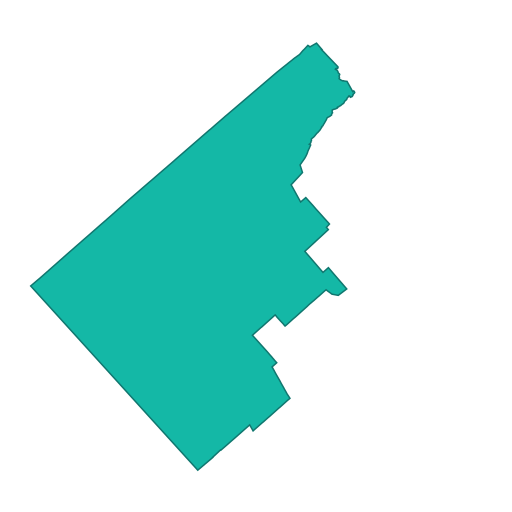 Pocho, Córdoba, Argentina (Robinson projection), rotated 318°
{"feature_id": "61730980B20468593076410", "entity_name": "Pocho", "entity_type": "district", "adm_level": 2, "iso_a3": "ARG", "parent_name": "Argentina", "parent_adm1": "Córdoba", "projection": "robinson", "projection_center": [-65.259, -31.51], "detail": "fine", "context": "isolated", "style": "filled", "palette": "teal", "viewbox_px": 512, "rotation_deg": 318, "n_neighbors": 0, "source": "geoboundaries", "source_scale": "gbopen_adm2", "svg_char_len": 5730}
<svg xmlns="http://www.w3.org/2000/svg" viewBox="0 0 512 512"><g transform="rotate(318 256 256)"><path d="M68.5,127.5L69.4,376.2L69.7,376.2L89.1,376.8L89.1,376.6L99.9,376.4L100.0,376.8L111.0,377.0L113.5,377.0L118.0,377.1L130.0,377.2L138.3,377.3L136.8,384.0L139.6,384.0L149.0,384.1L150.6,384.2L152.2,384.2L152.7,384.2L153.7,384.2L155.1,384.2L155.6,384.2L156.5,384.2L158.9,384.3L160.3,384.3L162.2,384.3L163.7,384.3L164.2,384.3L164.6,384.3L165.6,384.3L165.8,384.3L167.3,384.3L169.4,384.3L169.9,384.3L171.3,384.3L172.2,384.4L174.1,384.4L175.5,384.4L177.0,384.4L178.5,384.4L178.9,384.4L179.9,384.4L180.4,384.4L181.9,384.4L182.4,384.4L182.9,384.4L184.4,384.5L185.4,384.5L186.0,384.5L186.1,383.9L186.3,382.7L186.6,380.8L186.7,379.8L186.8,379.4L187.0,378.4L187.2,377.9L187.4,376.9L187.6,376.0L187.7,375.5L187.9,374.6L188.1,373.6L188.4,372.6L188.7,371.1L188.8,370.7L189.0,369.8L189.5,367.5L190.1,365.2L190.6,362.9L191.0,361.1L191.1,360.6L191.3,359.7L191.7,357.9L192.2,355.6L192.8,353.3L193.3,351.1L193.4,350.6L193.6,349.7L193.7,349.2L194.2,349.2L194.7,349.2L195.7,349.2L197.6,349.2L198.1,349.2L199.0,349.2L200.0,349.2L200.0,348.2L200.0,347.7L200.0,346.2L200.1,344.3L200.1,343.8L200.1,342.9L200.2,341.5L200.2,340.0L200.2,339.5L200.2,338.5L200.3,334.3L200.3,332.8L200.3,332.3L200.3,331.4L200.3,330.4L200.3,329.9L200.3,329.0L200.3,328.0L200.3,327.5L200.3,326.5L200.3,326.1L200.3,325.1L200.3,324.1L200.3,323.6L200.3,322.7L200.3,322.2L200.3,321.7L200.3,320.8L200.3,320.3L200.3,319.3L200.3,317.0L200.3,316.7L200.3,313.4L200.3,313.0L200.3,312.5L200.8,312.5L201.8,312.5L202.3,312.5L203.2,312.5L205.2,312.5L207.6,312.5L208.6,312.5L210.6,312.5L211.0,312.5L212.0,312.5L212.5,312.6L213.9,312.6L214.4,312.6L215.3,312.6L215.8,312.6L217.2,312.6L217.7,312.6L217.8,312.6L218.3,312.6L220.7,312.6L222.2,312.6L223.7,312.6L225.4,312.6L226.1,312.6L227.9,312.6L228.4,312.6L228.9,312.6L230.8,312.6L230.8,313.6L230.8,314.1L230.7,315.1L230.7,315.7L230.7,316.7L230.7,317.2L230.7,317.7L230.7,318.2L230.7,320.3L230.8,324.1L230.8,324.7L230.7,325.6L230.7,326.1L230.7,327.5L232.5,327.6L234.4,327.6L236.3,327.6L238.1,327.6L240.0,327.6L241.9,327.6L244.2,327.7L246.0,327.7L246.5,327.7L247.4,327.7L248.8,327.7L251.5,327.7L252.0,327.7L252.4,327.7L253.4,327.7L254.3,327.7L254.8,327.7L255.7,327.7L257.6,327.7L258.1,327.7L259.0,327.7L260.4,327.7L262.3,327.6L262.7,327.6L264.3,327.6L266.1,327.7L267.5,327.7L269.0,327.8L269.6,327.8L270.1,327.8L270.5,327.8L271.5,327.8L272.4,327.8L272.9,327.8L273.8,327.8L274.3,327.8L275.7,327.9L276.2,327.9L277.6,327.9L278.0,327.9L279.4,327.9L279.9,327.9L281.3,327.9L281.8,327.9L282.7,327.9L283.2,327.9L283.7,327.9L285.1,328.0L285.5,328.0L285.9,330.4L286.4,332.6L286.9,335.2L290.8,340.3L298.8,341.0L301.4,341.2L301.8,321.5L302.0,313.1L294.8,313.0L295.4,285.2L327.4,284.8L327.5,281.8L332.0,281.4L332.0,260.6L332.1,257.2L332.1,245.9L328.0,245.8L325.3,245.7L329.3,228.7L329.7,226.6L346.4,225.1L349.7,217.8L357.6,216.0L360.2,215.1L361.6,214.5L362.1,214.3L363.8,213.4L364.6,212.9L365.0,212.7L365.9,212.3L366.9,211.9L367.6,211.6L368.1,211.4L369.0,210.9L370.9,210.1L370.8,209.4L370.6,208.8L370.5,208.6L371.2,208.7L371.7,208.6L372.2,208.5L372.8,208.3L373.4,207.7L373.5,207.6L373.9,207.5L374.1,207.5L374.3,207.5L374.7,207.0L375.0,206.6L375.4,206.2L375.5,206.1L377.1,206.1L378.0,206.2L378.4,206.2L378.9,206.2L379.4,206.1L379.9,206.1L380.9,205.9L382.9,205.6L384.0,205.5L384.4,205.6L384.8,205.6L385.0,205.5L387.5,205.3L388.9,204.9L389.3,204.8L390.2,204.5L391.2,204.3L391.3,203.9L392.2,203.9L392.7,204.0L395.0,203.2L395.5,203.1L396.4,202.8L398.2,202.2L398.7,202.0L399.2,201.9L401.3,200.9L402.2,201.0L404.2,201.6L405.5,201.7L406.5,201.8L407.1,201.2L408.1,200.8L408.7,200.8L408.8,200.3L408.9,200.0L409.2,199.7L409.8,199.0L410.0,198.8L410.5,198.5L411.4,198.9L411.9,199.0L412.3,199.2L412.9,199.6L413.4,199.8L413.5,199.9L413.9,200.1L414.5,200.1L415.1,200.2L415.4,200.4L415.5,200.5L416.0,200.1L416.2,199.9L416.6,200.1L416.8,200.3L417.1,200.5L417.3,200.5L417.7,200.4L418.0,200.4L418.4,200.4L419.1,200.8L419.7,200.9L420.1,200.8L420.4,200.9L421.0,200.9L421.6,200.9L421.9,200.9L422.1,201.0L422.4,201.1L422.7,201.1L423.7,201.1L423.9,201.0L424.4,200.8L424.9,200.5L425.2,200.4L426.0,200.3L426.4,200.4L426.7,200.3L426.9,200.3L427.3,200.4L427.5,200.4L427.8,200.4L428.1,200.4L429.0,199.8L429.8,199.6L430.5,199.5L431.3,199.5L431.9,199.3L432.0,199.2L432.4,199.4L432.7,200.3L432.9,200.7L432.5,200.8L431.9,201.1L431.7,201.1L432.8,201.3L433.5,201.7L433.8,201.8L434.6,201.8L435.3,201.4L435.6,201.3L436.0,201.3L436.2,200.8L436.6,200.8L437.1,200.8L437.6,200.8L438.1,200.8L438.9,200.4L438.9,200.1L439.1,199.5L439.1,199.1L439.1,198.9L439.1,198.7L437.9,198.7L438.3,196.7L439.6,191.1L440.5,187.1L440.1,186.7L439.7,186.2L438.8,185.2L438.3,184.3L437.8,184.1L437.6,183.8L437.5,183.6L437.4,183.3L437.1,182.8L436.8,181.9L436.8,181.5L436.6,180.9L436.4,180.4L436.4,180.2L436.5,179.7L437.5,179.2L437.8,178.6L438.1,177.9L438.5,177.6L439.2,177.4L439.6,177.2L439.8,176.8L439.8,176.6L439.8,176.0L439.7,175.5L439.7,174.9L439.9,174.5L440.2,174.0L440.3,173.5L440.5,172.9L440.5,172.5L440.3,171.5L440.2,171.2L440.1,170.8L439.9,170.4L440.1,170.3L440.4,170.1L440.7,170.1L441.0,170.3L441.3,170.4L441.7,170.6L441.8,171.0L442.0,171.2L442.4,171.2L443.1,170.8L443.1,170.7L443.3,170.3L443.5,170.2L443.3,164.1L443.0,154.5L443.0,154.0L443.0,153.5L442.8,147.0L442.8,146.4L443.2,146.6L443.4,138.3L436.0,136.7L435.8,135.3L435.5,134.2L429.9,134.7L428.5,134.7L423.2,135.4L417.1,134.7L394.3,133.4L394.0,133.4L351.5,132.3L329.1,131.7L326.5,131.6L324.7,131.6L314.5,131.4L306.6,131.3L305.9,131.2L260.6,130.4L258.7,130.4L239.8,130.0L229.1,129.8L225.7,129.7L201.5,129.2L173.5,129.0L160.4,128.8L152.2,128.7L139.2,128.5L117.4,128.2L83.2,127.9L68.9,127.5L68.5,127.5Z" fill="#14b8a6" stroke="#0f766e" stroke-width="1.5"/></g></svg>